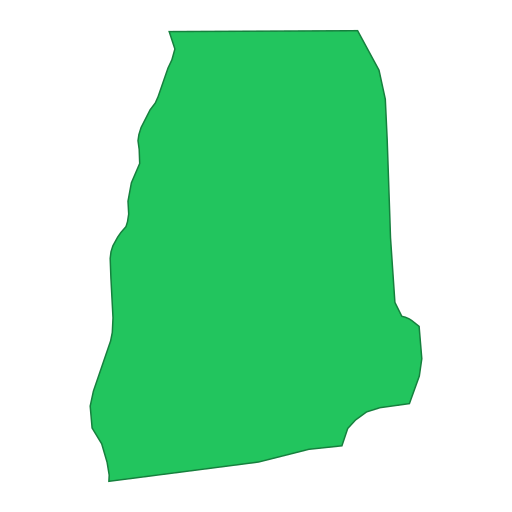 an SVG outline of Atlantique
{"feature_id": "BEN-2174", "entity_name": "Atlantique", "entity_type": "Department", "adm_level": 1, "iso_a3": "BEN", "parent_name": "Benin", "parent_adm1": "", "projection": "robinson", "projection_center": [2.175, 6.604], "detail": "fine", "context": "isolated", "style": "filled", "palette": "green", "viewbox_px": 512, "rotation_deg": 0, "n_neighbors": 0, "source": "natural_earth", "source_scale": "10m", "svg_char_len": 817}
<svg xmlns="http://www.w3.org/2000/svg" viewBox="0 0 512 512"><path d="M341.9,445.8L308.8,449.3L258.6,462.0L108.9,481.3L108.9,481.2L109.2,475.1L107.1,462.3L101.7,443.8L92.1,428.0L90.2,406.1L93.4,391.2L107.1,351.2L110.6,341.0L112.3,332.5L113.0,317.9L110.9,277.7L110.2,258.4L111.0,251.8L112.9,245.8L117.7,237.1L120.9,232.5L126.0,226.6L127.5,221.8L128.7,214.1L128.0,201.2L131.4,182.8L139.7,163.5L139.2,149.5L138.0,140.7L138.9,134.6L141.1,127.5L150.2,109.7L155.3,103.0L158.1,96.7L168.0,68.1L171.9,59.8L174.9,49.0L169.2,31.6L357.6,30.7L379.0,70.2L385.3,99.2L387.2,140.1L389.8,216.4L390.5,237.7L394.9,302.4L401.8,316.3L405.3,317.2L409.0,318.8L411.7,320.5L419.1,326.4L421.8,358.7L419.3,376.1L409.4,403.6L379.9,407.7L366.6,411.9L355.5,420.0L347.7,428.5L341.9,445.8Z" fill="#22c55e" stroke="#15803d" stroke-width="1.5"/></svg>